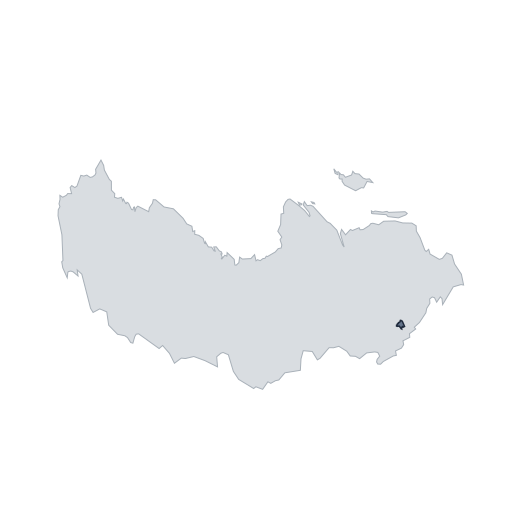 Lerum, Västra Götaland, Sweden shown in context, rotated 248°
{"feature_id": "70781695B46333437136536", "entity_name": "Lerum", "entity_type": "district", "adm_level": 2, "iso_a3": "SWE", "parent_name": "Sweden", "parent_adm1": "Västra Götaland", "projection": "equal_earth", "projection_center": [12.359, 57.865], "detail": "fine", "context": "in_parent", "style": "filled", "palette": "slate", "viewbox_px": 512, "rotation_deg": 248, "n_neighbors": 0, "source": "geoboundaries", "source_scale": "gbopen_adm2", "svg_char_len": 4305}
<svg xmlns="http://www.w3.org/2000/svg" viewBox="0 0 512 512"><g transform="rotate(248 256 256)"><path d="M114.8,329.6L116.8,333.2L121.0,332.8L122.6,330.1L124.7,322.3L122.0,313.6L125.7,310.7L128.0,305.9L133.7,304.5L141.2,299.0L141.9,293.5L143.6,289.4L137.2,277.1L136.7,274.0L146.4,272.4L150.5,264.3L143.8,259.2L133.4,254.3L136.9,239.0L132.5,230.7L133.1,227.3L132.4,222.0L134.9,219.9L129.9,212.2L134.8,206.9L134.0,204.2L148.1,193.7L157.5,191.8L174.8,193.4L178.9,189.3L179.0,187.0L177.3,181.8L167.6,178.8L178.0,169.6L186.1,160.7L187.4,152.1L189.3,148.5L187.1,140.2L198.1,139.3L208.0,135.9L206.5,131.5L227.8,118.0L228.4,115.6L226.6,113.3L221.3,109.2L222.7,107.4L228.5,106.3L231.2,104.5L235.3,98.3L247.0,93.5L260.1,96.7L265.5,91.3L264.7,83.8L269.4,83.0L304.4,87.7L310.1,85.0L304.1,83.5L309.8,80.5L311.4,78.7L311.8,76.6L311.5,75.5L306.5,72.8L317.4,72.4L323.4,73.7L324.1,75.3L348.4,84.0L367.4,87.5L373.0,90.0L375.2,92.7L378.2,92.9L381.9,95.5L385.7,96.9L382.9,98.8L383.3,102.9L384.4,104.8L382.9,108.4L389.1,109.3L390.3,111.5L387.3,113.7L387.9,116.2L396.4,123.8L394.6,126.3L394.4,129.4L391.0,131.7L390.6,134.1L391.5,137.2L392.9,138.7L396.5,139.8L403.0,148.2L397.1,148.7L392.5,147.6L382.0,148.7L379.5,149.9L371.2,146.6L366.7,148.4L363.5,146.8L361.2,149.5L360.8,153.3L357.0,153.0L358.5,154.4L353.4,154.9L353.1,155.5L354.2,156.5L352.7,157.6L345.7,158.0L344.9,159.2L347.0,160.7L347.0,161.7L342.4,160.3L345.7,163.0L346.5,165.1L337.3,173.1L340.7,175.2L343.7,179.8L346.7,181.8L345.7,184.0L335.9,189.1L330.7,197.1L318.3,202.5L311.7,203.8L307.6,207.7L302.4,206.5L302.4,208.7L299.1,207.3L296.6,210.7L292.1,213.6L287.1,213.1L286.5,213.6L288.1,214.4L282.3,215.2L280.8,218.2L276.5,219.0L275.8,220.0L280.2,220.2L279.4,222.6L274.5,223.9L272.8,225.5L270.6,225.4L271.0,224.2L267.7,224.3L266.6,222.9L266.0,223.2L268.4,227.3L266.8,228.9L270.0,230.5L261.1,234.5L255.6,233.0L254.9,234.2L256.2,237.6L261.1,240.4L258.3,242.2L255.5,250.3L257.8,255.2L251.5,254.2L252.0,256.0L250.1,258.2L251.0,261.4L250.5,263.5L252.0,265.5L251.2,266.4L252.5,275.4L254.5,279.3L254.0,282.4L256.6,284.1L262.1,284.4L263.9,287.0L270.8,285.5L275.9,290.6L285.5,294.9L285.2,297.7L291.3,299.8L295.0,303.7L296.5,306.9L296.1,308.9L287.0,314.4L280.0,318.1L272.6,320.3L273.0,321.2L276.7,321.5L285.6,318.9L288.3,321.2L283.5,322.3L282.7,325.5L280.7,327.5L261.1,334.7L258.5,337.0L249.7,340.6L233.7,340.4L231.3,341.1L245.2,342.6L248.6,345.3L242.1,347.0L245.2,353.5L243.5,355.0L243.6,362.2L241.3,362.3L240.4,365.3L241.8,372.5L243.0,374.5L242.6,376.6L239.0,381.5L240.4,387.4L236.4,398.1L231.7,404.4L228.1,412.8L224.0,415.8L219.0,414.0L211.6,415.0L198.1,414.7L196.4,415.5L197.5,418.6L192.6,418.1L184.2,424.7L184.0,427.9L187.5,434.0L183.4,438.0L174.2,437.1L162.2,439.6L151.3,437.6L152.7,435.4L153.5,427.3L141.0,410.8L146.8,412.5L149.1,411.6L145.5,406.2L150.5,405.9L152.0,404.0L151.1,400.9L147.0,399.5L143.5,394.7L139.7,392.2L133.1,382.6L130.7,376.1L128.5,376.7L126.5,369.2L123.0,368.1L122.3,360.5L118.5,359.7L116.1,356.3L115.7,349.8L111.3,348.9L111.9,345.8L110.5,334.5L109.0,331.0L110.2,328.4L112.6,328.1L114.8,329.6ZM301.7,364.6L299.7,365.3L298.6,367.4L295.5,368.4L295.3,375.0L298.3,377.5L295.3,378.6L293.4,382.2L288.1,384.5L286.0,386.8L285.0,390.1L280.3,391.8L283.5,386.9L278.8,381.3L279.9,379.3L279.2,372.8L288.6,364.7L293.0,363.8L295.1,364.7L295.9,362.7L297.3,362.2L301.7,364.6ZM241.2,410.8L238.8,412.2L238.0,410.2L238.0,402.4L243.1,393.1L245.5,392.3L251.6,379.9L252.3,379.1L254.6,379.9L253.0,381.0L253.1,383.2L249.2,389.9L248.3,394.2L246.8,395.2L241.2,410.8ZM303.5,362.0L303.2,363.9L300.7,362.4L302.9,360.3L307.7,360.8L303.5,362.0ZM290.0,315.3L287.0,318.1L286.4,316.9L287.0,315.5L290.0,315.3ZM283.9,329.8L282.3,330.0L283.4,328.1L285.5,327.6L283.9,329.8Z" fill="#d9dde1" stroke="#a8b0b8" stroke-width="1"/><path d="M135.0,367.3L137.4,367.3L140.8,367.2L141.3,366.7L141.5,366.5L142.1,366.2L142.2,365.7L141.5,365.2L141.1,365.0L140.8,364.2L140.8,363.7L140.9,363.2L140.7,362.9L140.1,362.7L140.0,362.3L140.1,361.7L139.4,361.2L139.2,360.9L139.2,360.4L138.5,360.2L138.4,360.1L137.9,360.5L137.9,361.0L137.7,361.4L137.5,361.8L137.5,362.3L137.2,362.6L136.6,362.8L135.9,362.9L135.3,363.2L134.2,363.3L133.9,363.6L134.0,363.6L134.6,363.9L134.8,364.5L135.6,365.0L135.8,365.3L135.3,365.7L134.9,365.9L135.0,367.1L135.0,367.3Z" fill="#64748b" stroke="#1e293b" stroke-width="1.5"/></g></svg>